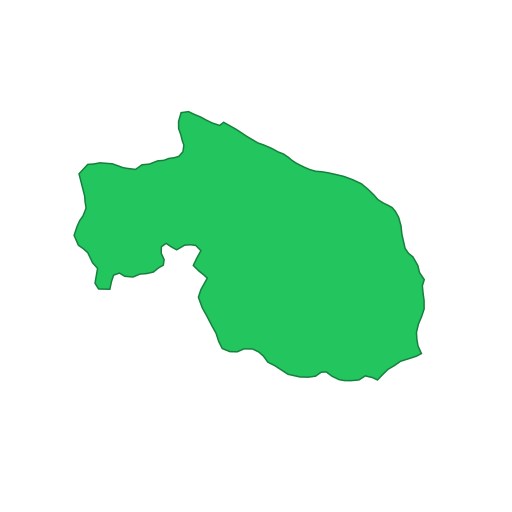 Charqueadas, Rio Grande do Sul, Brazil, rotated 37°
{"feature_id": "56859067B28095216539953", "entity_name": "Charqueadas", "entity_type": "district", "adm_level": 2, "iso_a3": "BRA", "parent_name": "Brazil", "parent_adm1": "Rio Grande do Sul", "projection": "mercator", "projection_center": [-51.568, -29.995], "detail": "fine", "context": "isolated", "style": "filled", "palette": "green", "viewbox_px": 512, "rotation_deg": 37, "n_neighbors": 0, "source": "geoboundaries", "source_scale": "gbopen_adm2", "svg_char_len": 1993}
<svg xmlns="http://www.w3.org/2000/svg" viewBox="0 0 512 512"><g transform="rotate(37 256 256)"><path d="M159.3,370.5L156.0,363.5L153.8,357.0L157.2,351.8L163.4,351.2L170.4,346.8L174.2,340.3L179.1,336.0L183.7,330.6L185.3,324.2L187.5,319.1L184.8,314.2L178.6,310.8L174.9,305.6L176.6,300.0L182.7,299.7L188.9,298.8L192.5,290.3L196.7,286.6L201.5,283.8L208.8,284.9L210.0,293.5L211.6,301.3L220.1,302.4L225.9,302.5L230.4,303.0L232.2,315.9L234.8,323.6L244.4,329.8L252.4,333.3L262.8,338.3L270.7,341.8L277.8,346.8L284.7,350.2L292.7,348.1L298.7,343.8L302.3,337.4L309.3,332.3L316.0,331.0L322.3,331.5L329.4,333.7L336.8,332.3L352.8,331.2L364.0,326.1L370.8,321.2L375.9,316.1L378.0,309.5L381.9,306.3L388.9,306.3L396.9,304.7L401.7,302.2L407.0,298.3L412.8,293.0L415.4,286.0L422.2,283.0L427.6,281.9L428.5,274.6L429.6,267.1L432.4,260.4L434.8,253.1L444.4,239.5L446.8,234.3L439.6,230.4L434.5,225.6L430.1,220.4L426.7,212.6L424.8,205.0L422.2,197.2L417.1,190.5L411.4,184.7L406.8,179.7L404.6,173.6L396.5,170.8L391.1,166.3L381.9,162.3L376.2,162.1L370.5,160.2L359.5,150.9L353.7,144.7L346.7,139.3L340.4,136.5L335.6,135.4L331.2,136.0L325.8,137.1L319.4,137.6L313.2,136.3L305.0,135.3L296.7,134.9L287.2,136.9L278.2,139.6L270.2,143.1L263.2,146.3L257.5,149.3L252.7,152.4L247.0,154.6L241.3,156.0L236.7,156.9L231.6,157.7L227.0,158.0L222.5,157.7L216.5,158.0L210.9,159.6L203.4,160.7L195.2,162.7L189.4,164.6L176.7,166.0L163.9,166.8L149.7,168.7L148.4,173.6L141.0,176.1L134.4,177.4L128.2,178.3L121.7,180.0L115.2,181.3L109.9,186.6L113.2,195.2L117.5,200.8L122.7,204.2L127.5,208.1L131.6,210.8L134.9,216.7L134.4,222.9L131.3,227.0L127.8,230.4L124.8,235.1L120.2,239.2L115.6,246.7L110.1,251.7L107.7,259.3L101.0,263.2L96.8,265.4L85.8,268.8L75.3,275.5L71.0,280.2L66.5,284.1L65.2,296.9L83.3,311.4L86.5,315.2L91.5,320.0L93.7,328.0L93.9,333.9L95.4,340.4L98.3,349.0L107.7,354.3L113.8,354.1L119.7,354.6L129.6,359.8L136.9,361.2L140.5,368.2L143.8,374.6L150.1,377.1L154.3,374.1L159.3,370.5Z" fill="#22c55e" stroke="#15803d" stroke-width="1.5"/></g></svg>